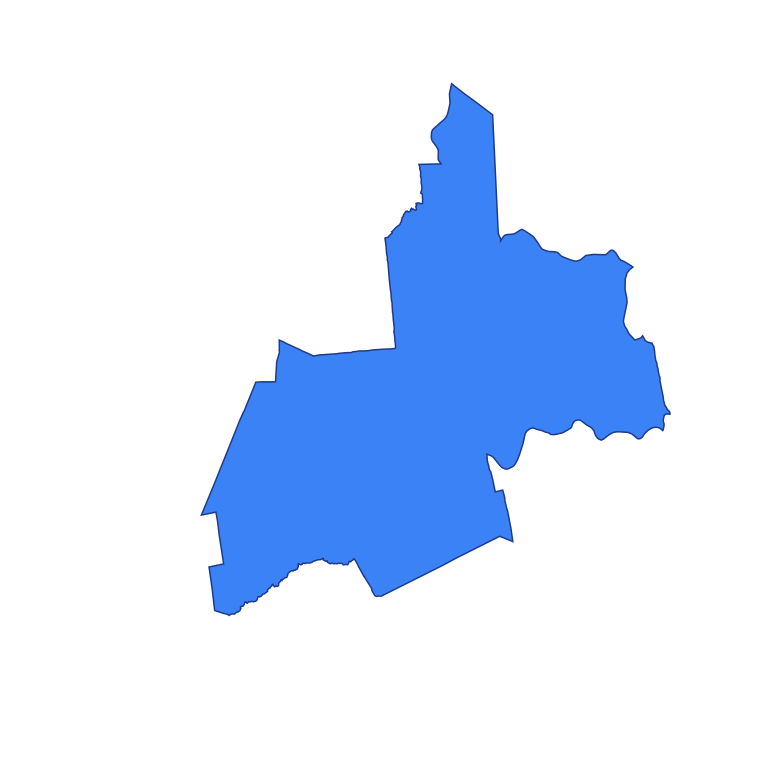 Lugoj, Timis, Romania (Albers equal-area conic projection), rotated 324°
{"feature_id": "2599482B71711166476892", "entity_name": "Lugoj", "entity_type": "district", "adm_level": 2, "iso_a3": "ROU", "parent_name": "Romania", "parent_adm1": "Timis", "projection": "albers", "projection_center": [21.931, 45.705], "detail": "fine", "context": "isolated", "style": "filled", "palette": "blue", "viewbox_px": 768, "rotation_deg": 324, "n_neighbors": 0, "source": "geoboundaries", "source_scale": "gbopen_adm2", "svg_char_len": 6171}
<svg xmlns="http://www.w3.org/2000/svg" viewBox="0 0 768 768"><g transform="rotate(324 384 384)"><path d="M582.1,585.5L582.8,585.3L586.4,582.0L587.0,581.1L588.0,578.5L588.7,577.3L591.7,574.6L592.6,574.0L594.4,574.1L595.2,574.5L596.2,575.2L597.6,576.5L598.0,576.1L598.6,574.6L598.8,573.7L598.5,573.1L598.3,570.7L598.7,567.9L598.8,565.9L599.1,565.0L599.5,564.4L600.4,561.8L602.2,558.7L609.0,543.9L611.2,540.7L611.5,538.9L613.8,534.1L614.5,533.1L615.7,529.6L616.9,527.7L617.7,524.7L619.9,520.3L622.0,516.8L624.3,512.4L624.3,511.2L624.8,508.3L624.1,507.9L621.7,504.7L620.9,502.4L621.6,497.0L618.8,497.7L612.8,495.9L611.7,487.4L612.7,481.8L612.6,479.2L614.4,474.1L616.8,471.7L628.5,461.0L631.3,456.4L634.5,449.3L640.8,441.0L645.7,437.1L649.6,435.9L654.1,435.7L653.3,433.2L650.4,426.2L648.4,423.1L648.1,420.4L648.6,413.9L647.9,410.6L647.0,409.6L646.1,409.2L644.9,409.2L639.9,409.8L638.4,409.1L629.8,402.4L622.9,398.7L615.7,399.0L612.5,398.0L610.8,396.9L607.7,393.0L603.2,385.9L602.5,384.2L601.8,379.8L601.4,379.0L598.9,376.6L595.5,373.9L593.4,371.4L591.2,367.8L591.1,364.4L591.5,359.9L591.5,352.9L590.5,349.6L587.7,342.3L586.5,340.0L585.0,339.6L579.1,339.3L576.4,338.5L571.5,335.5L569.5,334.7L567.6,334.8L562.4,336.7L563.7,335.0L564.9,329.5L565.5,328.5L630.1,230.1L623.8,209.3L619.2,195.1L615.2,180.8L607.4,187.8L602.4,195.7L596.2,201.2L593.5,203.3L590.9,204.6L589.0,205.2L573.6,206.7L572.0,207.3L570.2,208.6L567.4,212.0L566.4,214.0L565.9,215.8L566.0,222.1L565.7,225.5L564.9,227.5L560.4,233.3L559.8,234.4L559.6,235.5L559.6,239.5L541.4,226.9L540.2,230.3L539.6,230.6L538.1,234.4L535.8,237.2L534.5,240.3L532.5,242.7L531.5,244.9L529.9,247.7L528.8,248.9L525.9,251.1L526.6,252.3L525.9,254.1L524.3,256.3L524.2,256.7L521.3,260.6L519.2,259.4L519.2,258.6L517.7,257.4L516.8,256.9L515.9,256.9L515.7,257.0L516.1,257.7L516.1,257.9L515.0,259.0L514.6,258.8L514.2,258.9L512.8,262.1L511.6,261.7L511.1,261.2L510.7,259.9L509.6,259.6L509.8,258.6L509.6,258.0L507.9,258.7L507.5,259.6L505.0,259.3L504.5,258.5L504.5,257.8L503.4,257.5L503.2,257.2L502.2,257.4L500.8,258.3L500.1,258.3L498.8,258.8L498.4,259.7L498.0,259.8L496.5,259.9L496.0,260.8L494.3,261.8L493.8,262.8L492.7,263.0L490.5,264.3L485.7,264.4L480.5,265.4L479.6,265.4L479.6,266.3L479.4,266.7L475.3,267.1L474.0,267.5L473.8,267.9L471.1,266.6L470.5,266.6L467.0,273.1L462.5,280.5L461.3,283.3L459.8,285.2L458.5,288.2L449.5,302.9L444.8,311.2L442.8,315.1L441.0,317.7L439.1,321.0L438.2,323.2L437.3,324.4L432.9,331.3L432.3,332.7L429.7,336.8L425.0,345.0L423.2,347.2L422.9,347.2L420.4,352.1L417.6,356.5L417.2,357.5L414.6,361.6L413.0,361.5L412.2,360.7L409.2,359.2L408.8,358.7L406.5,357.1L395.9,350.4L390.9,347.8L386.9,345.3L383.8,342.9L380.3,341.2L378.0,339.7L375.6,339.2L374.6,338.3L370.8,335.8L366.2,333.1L362.0,330.9L359.6,329.2L351.9,324.5L349.2,322.7L343.4,320.0L343.5,319.8L342.8,318.8L340.8,315.1L337.4,309.4L336.2,306.9L328.6,293.5L327.9,291.8L325.1,286.9L319.8,294.3L318.8,295.4L318.6,296.1L317.8,297.1L310.3,302.9L297.5,318.5L285.7,309.9L281.4,307.2L254.9,323.7L253.6,324.2L246.5,328.3L187.9,365.1L159.2,382.7L172.7,388.9L168.8,396.9L161.4,410.3L148.5,435.3L134.9,429.2L124.9,448.1L113.9,467.7L119.5,475.5L121.8,478.0L122.7,480.2L124.4,480.2L126.1,480.7L127.1,481.6L127.4,482.1L128.5,482.2L130.1,481.9L132.3,482.7L134.4,482.5L135.2,482.3L135.6,481.6L136.5,481.2L136.6,480.3L136.8,480.0L137.9,479.9L139.2,480.8L139.7,480.7L141.4,480.1L143.0,478.7L143.5,479.1L144.1,479.1L144.4,479.4L144.2,480.4L144.6,481.0L146.5,480.6L147.9,481.8L149.3,482.1L150.4,483.5L153.1,484.4L154.5,484.0L156.8,482.1L157.4,482.2L158.1,483.1L158.9,483.1L159.8,483.6L162.2,482.8L163.7,483.4L164.6,483.3L166.6,483.4L167.4,483.2L167.8,483.3L168.2,483.1L168.4,482.6L168.8,482.2L169.3,482.0L171.5,481.8L172.2,482.0L172.7,481.5L174.6,481.3L175.6,480.6L176.1,480.6L176.4,480.8L176.1,482.8L176.3,483.8L176.5,483.9L177.1,483.6L177.7,483.7L178.0,484.4L178.4,484.6L178.5,484.9L179.6,485.2L180.2,485.1L181.5,483.5L182.9,482.9L184.0,482.9L185.2,482.2L185.8,482.9L186.1,482.2L186.8,482.7L187.5,482.5L188.3,482.7L189.8,482.5L191.6,483.3L193.6,482.1L194.9,480.9L196.8,480.6L199.2,480.6L199.6,480.9L200.1,481.6L200.8,481.8L201.9,481.7L203.1,482.6L204.1,482.4L204.5,482.7L205.2,482.6L205.6,482.5L205.9,481.9L207.4,481.4L208.6,479.1L209.0,479.0L209.3,479.3L209.8,480.7L210.7,481.5L211.8,481.8L212.5,481.3L213.2,481.4L214.7,482.9L215.9,483.1L218.9,485.3L220.8,485.9L223.1,485.9L224.4,486.6L226.6,487.1L229.5,488.8L231.9,489.1L232.3,489.6L231.5,490.3L231.5,490.8L232.8,493.3L234.1,493.8L233.5,495.0L234.9,497.8L235.7,498.2L236.8,498.3L237.6,499.9L238.9,500.4L240.1,501.7L241.9,502.4L243.1,503.4L244.0,503.8L244.6,504.7L244.7,506.1L245.0,506.6L245.7,507.0L247.2,507.5L248.1,508.7L248.4,508.8L249.5,508.5L251.3,507.2L251.6,507.3L252.6,508.3L253.9,507.8L255.1,508.2L255.9,507.7L256.7,507.5L257.0,507.7L257.0,508.8L257.2,509.2L256.5,515.0L256.1,516.8L254.7,527.5L254.9,527.5L253.8,541.8L252.8,544.1L252.2,549.6L252.5,550.6L252.9,551.3L254.1,552.1L255.4,552.6L257.0,554.0L326.0,565.4L342.0,567.6L388.1,575.2L395.6,587.2L402.1,574.9L404.3,570.1L409.3,559.5L410.0,557.2L413.0,549.9L414.9,546.8L417.3,540.7L417.7,539.6L410.6,536.7L415.8,525.2L418.5,518.5L418.9,516.9L418.8,515.9L418.9,515.1L420.6,511.8L421.7,508.5L423.0,505.8L423.8,504.8L423.6,504.6L424.6,503.4L426.0,501.3L428.2,504.7L429.1,506.6L429.4,507.8L429.8,517.4L430.4,521.0L430.9,522.0L432.4,524.3L433.6,525.2L434.9,525.7L439.7,526.5L441.4,526.4L443.6,525.6L447.0,524.0L452.1,520.8L461.7,513.7L469.1,507.1L470.9,506.4L472.5,506.0L475.5,506.0L477.0,506.3L478.4,506.9L479.3,507.9L481.1,510.7L484.2,514.3L486.8,518.5L488.1,519.7L489.4,522.9L491.4,524.7L493.6,525.9L499.7,528.4L506.3,529.3L509.6,529.4L511.3,528.6L512.4,527.6L514.0,526.7L515.5,526.2L516.9,526.0L519.9,527.1L520.9,527.9L521.6,528.9L523.9,536.2L525.6,540.0L526.1,541.4L526.3,543.4L526.3,545.7L525.6,547.3L525.0,549.9L524.9,552.9L525.2,554.4L526.5,556.7L527.0,557.2L529.1,557.6L536.3,557.3L540.4,557.8L542.2,558.5L544.2,559.5L547.0,561.6L553.0,566.6L555.3,570.3L556.6,575.9L557.1,577.4L558.1,578.3L559.1,578.8L561.7,578.9L565.2,577.4L570.1,576.7L571.9,576.7L575.6,577.3L578.0,578.4L580.3,580.4L581.4,582.3L582.1,585.5Z" fill="#3b82f6" stroke="#1e3a8a" stroke-width="1.5"/></g></svg>